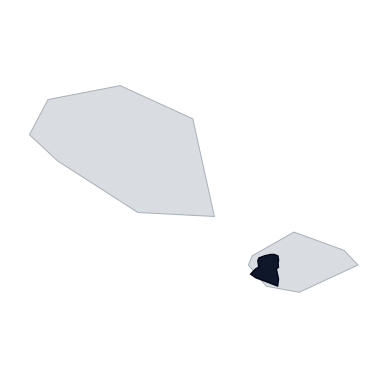 location of Nadur within Malta, rotated 168°
{"feature_id": "MLT-5979", "entity_name": "Nadur", "entity_type": "state/province", "adm_level": 1, "iso_a3": "MLT", "parent_name": "Malta", "parent_adm1": "", "projection": "mercator", "projection_center": [14.297, 36.047], "detail": "fine", "context": "in_parent", "style": "filled", "palette": "ink", "viewbox_px": 384, "rotation_deg": 168, "n_neighbors": 0, "source": "natural_earth", "source_scale": "10m", "svg_char_len": 643}
<svg xmlns="http://www.w3.org/2000/svg" viewBox="0 0 384 384"><g transform="rotate(168 192 192)"><path d="M339.1,281.8L313.6,312.4L240.2,311.0L176.0,263.4L175.2,163.4L249.2,183.2L316.9,250.2L339.1,281.8ZM146.4,117.1L100.7,131.6L55.4,103.3L44.9,86.1L108.1,71.6L138.9,84.3L152.0,108.9L146.4,117.1Z" fill="#d9dde1" stroke="#a8b0b8" stroke-width="1"/><path d="M127.8,82.3L147.4,94.9L151.7,99.5L148.1,102.0L145.4,103.7L142.6,104.4L142.1,106.6L141.9,111.1L140.1,113.6L133.8,114.5L127.8,114.5L124.6,113.8L121.3,111.6L121.5,107.3L122.6,104.6L123.1,100.4L125.5,99.3L125.5,88.8L127.8,82.3Z" fill="#0f172a" stroke="#020617" stroke-width="1.5"/></g></svg>